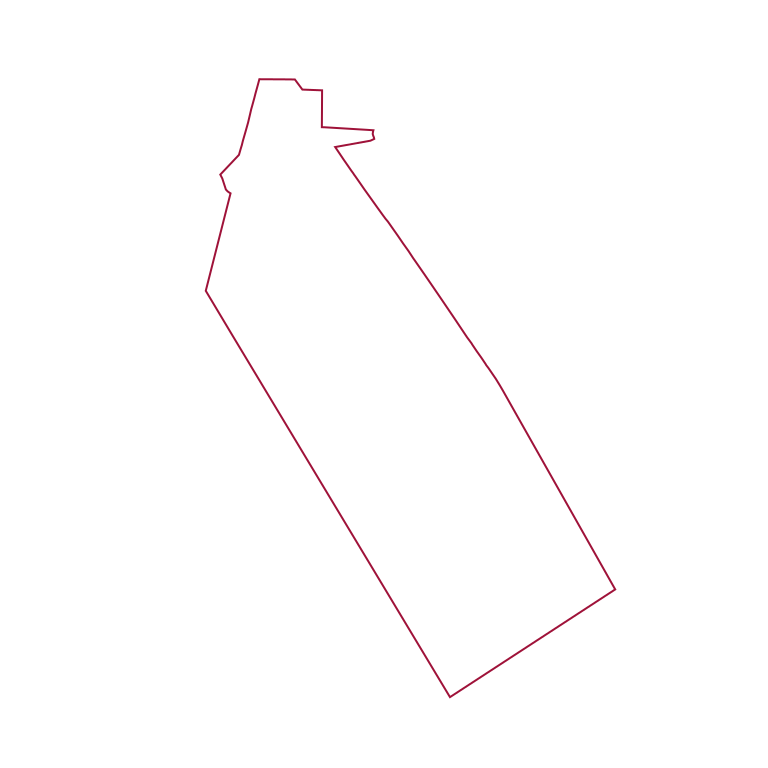 Chahuites, Oaxaca, Mexico, rotated 317°
{"feature_id": "50627088B15401980188153", "entity_name": "Chahuites", "entity_type": "district", "adm_level": 2, "iso_a3": "MEX", "parent_name": "Mexico", "parent_adm1": "Oaxaca", "projection": "equal_earth", "projection_center": [-94.19, 16.276], "detail": "fine", "context": "isolated", "style": "outline", "palette": "rose", "viewbox_px": 768, "rotation_deg": 317, "n_neighbors": 0, "source": "geoboundaries", "source_scale": "gbopen_adm2", "svg_char_len": 1190}
<svg xmlns="http://www.w3.org/2000/svg" viewBox="0 0 768 768"><g transform="rotate(317 384 384)"><path d="M521.9,162.3L515.9,156.0L513.7,153.8L524.2,142.7L539.0,127.0L525.1,113.0L526.5,100.5L521.6,95.8L500.7,76.1L495.9,79.1L488.4,83.7L484.2,86.4L476.9,90.9L474.4,92.4L470.4,95.1L462.9,100.1L454.5,105.2L446.5,110.0L443.0,112.3L439.7,114.2L434.2,117.5L407.1,119.2L405.9,123.4L401.9,132.0L401.0,133.9L401.0,136.5L401.5,138.9L401.8,139.9L317.2,194.3L306.9,242.2L278.3,377.0L247.7,521.4L218.7,658.0L413.0,691.9L460.6,494.1L466.4,470.1L467.8,463.9L469.3,456.5L471.3,443.3L471.6,440.0L471.9,438.8L473.1,431.4L474.2,423.1L475.5,414.9L475.7,414.4L476.6,406.5L479.3,389.9L479.8,386.9L484.1,359.4L487.0,340.3L488.7,328.9L489.9,320.7L490.8,314.4L490.9,313.9L491.0,312.9L491.1,312.2L492.6,303.5L493.8,294.3L495.2,285.2L496.4,276.5L497.6,267.9L497.8,264.2L498.4,259.0L499.5,250.3L501.2,237.4L502.4,228.2L503.7,219.3L504.7,212.3L504.9,210.5L505.2,208.9L505.6,205.5L506.2,201.5L507.5,192.5L508.9,183.8L509.9,177.4L540.0,196.8L544.0,198.1L544.8,196.8L545.3,195.4L546.1,193.7L546.6,193.1L547.2,192.7L548.0,192.0L549.3,191.2L544.5,186.1L521.9,162.3Z" fill="none" stroke="#9f1239" stroke-width="2"/></g></svg>